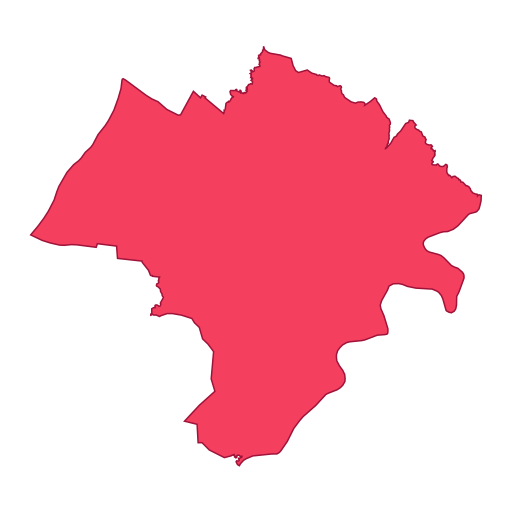 Santo Tomé, Corrientes, Argentina (Mercator projection)
{"feature_id": "61730980B79787842894443", "entity_name": "Santo Tomé", "entity_type": "district", "adm_level": 2, "iso_a3": "ARG", "parent_name": "Argentina", "parent_adm1": "Corrientes", "projection": "mercator", "projection_center": [-56.034, -28.286], "detail": "fine", "context": "isolated", "style": "filled", "palette": "rose", "viewbox_px": 512, "rotation_deg": 0, "n_neighbors": 0, "source": "geoboundaries", "source_scale": "gbopen_adm2", "svg_char_len": 5967}
<svg xmlns="http://www.w3.org/2000/svg" viewBox="0 0 512 512"><path d="M409.6,119.6L408.6,122.4L405.7,123.5L400.7,131.0L397.4,134.1L396.5,136.0L394.0,137.4L390.7,143.3L386.5,148.0L385.5,148.6L385.5,148.1L387.1,146.3L387.3,144.2L388.3,143.1L388.2,141.4L389.2,138.8L389.0,136.6L389.2,135.1L388.8,133.8L389.6,130.4L389.4,128.3L389.7,127.3L389.4,125.2L390.3,124.2L390.4,122.8L389.1,119.0L386.7,117.4L386.3,116.2L382.9,111.7L379.4,104.6L376.8,101.1L376.5,99.1L376.0,98.6L374.7,97.8L370.2,101.6L364.8,105.2L365.2,104.0L363.9,102.4L361.2,101.9L357.9,102.1L355.4,103.1L351.2,101.9L344.6,97.4L343.4,94.8L342.1,93.9L341.4,92.0L341.5,91.0L340.7,89.0L341.5,87.2L341.1,86.3L340.1,85.7L337.4,86.6L336.5,85.7L334.1,85.4L329.4,82.1L329.2,80.5L329.6,78.2L329.1,77.4L325.6,76.6L324.1,75.6L322.1,76.0L319.2,74.9L318.5,75.4L317.3,75.4L316.8,75.1L316.6,74.5L311.7,73.1L307.3,70.0L298.5,72.5L295.7,70.7L293.1,65.7L291.2,58.4L282.1,55.8L280.7,55.1L270.4,53.3L267.8,52.2L264.6,49.6L263.6,46.3L263.4,49.6L262.6,50.2L262.9,50.8L262.0,52.4L260.6,53.8L260.6,54.9L259.1,55.0L258.5,55.9L259.2,57.3L258.2,57.9L258.1,58.6L259.5,59.1L259.6,59.7L259.2,60.7L260.2,62.1L259.3,63.0L259.5,64.0L259.1,64.5L259.9,65.4L259.9,66.4L256.8,67.1L256.2,67.5L254.7,67.5L254.1,68.6L254.3,70.8L253.6,71.5L253.0,71.6L251.3,70.0L250.4,70.3L250.6,70.8L251.2,70.8L251.6,72.5L250.1,73.6L251.3,74.4L250.9,75.9L251.3,76.3L250.7,77.6L251.6,77.7L251.7,78.3L252.6,78.3L252.6,78.9L251.0,80.3L252.6,81.5L252.2,84.0L250.6,83.7L250.1,84.2L248.5,84.6L248.3,85.3L247.0,86.8L247.1,87.4L246.4,87.3L246.2,88.1L246.5,88.7L246.9,88.3L247.2,88.6L247.2,89.2L246.7,89.4L247.1,89.8L246.1,90.1L246.0,90.6L247.0,91.3L246.4,92.3L245.5,93.0L245.1,92.5L244.1,92.6L243.7,93.6L243.2,93.6L242.7,93.0L240.9,93.1L239.5,91.8L240.0,91.4L241.1,91.6L241.0,90.9L240.2,90.3L240.0,90.8L238.6,91.7L236.4,90.7L236.8,89.7L236.4,89.4L235.8,89.6L235.6,90.3L234.3,90.6L230.7,90.5L230.0,91.6L230.6,94.3L232.0,96.0L233.4,96.7L233.2,97.2L232.1,97.5L230.9,99.1L230.4,100.5L228.9,102.0L228.4,101.4L227.8,102.2L226.9,102.5L226.0,103.4L225.2,109.4L224.4,110.5L224.1,110.4L224.3,112.0L223.9,112.2L223.6,113.5L205.0,97.9L205.7,97.0L202.1,95.1L200.5,97.8L193.4,91.3L180.6,114.8L178.3,115.2L166.9,109.5L158.0,101.7L151.8,98.9L146.1,95.3L125.5,80.0L123.1,78.7L122.3,79.2L122.0,80.1L121.0,88.5L118.2,98.3L113.9,110.2L108.5,120.5L105.2,125.6L98.1,134.5L92.8,144.6L90.7,147.4L85.3,152.3L81.1,158.2L78.6,160.8L73.7,164.6L67.0,172.3L58.9,186.4L56.8,191.8L54.1,200.1L48.3,211.3L43.8,218.3L38.1,226.0L30.7,234.9L42.2,240.4L50.4,243.0L59.7,245.1L64.2,245.3L71.4,244.6L76.6,244.8L96.2,247.3L97.4,243.7L116.6,246.1L117.5,258.4L142.1,261.1L142.2,262.3L148.5,270.3L150.4,275.2L151.2,275.7L152.2,275.6L152.5,276.3L159.6,277.1L158.6,279.1L158.9,280.0L158.3,280.9L158.8,282.2L158.7,282.9L156.7,284.0L156.4,285.5L156.9,286.3L157.9,286.7L160.2,288.9L160.6,291.5L162.1,294.3L162.2,295.7L163.3,297.1L163.2,297.9L160.5,302.8L160.4,303.4L160.9,304.1L160.0,306.1L159.0,306.3L157.7,305.3L156.6,304.9L155.4,305.1L155.0,305.5L155.2,306.7L154.7,307.2L155.0,307.6L153.5,307.7L151.7,308.8L151.8,313.8L150.8,314.1L150.8,315.2L151.6,314.9L151.9,314.4L152.6,314.5L153.4,315.0L156.3,315.1L159.6,316.5L160.9,315.7L167.1,313.6L172.5,313.6L181.3,315.1L191.9,318.5L194.4,322.7L199.3,327.4L202.6,338.9L208.0,344.1L213.6,351.6L211.2,378.9L214.9,391.3L199.3,405.3L184.5,421.2L197.1,424.3L198.1,442.7L202.1,442.7L209.3,450.0L224.4,457.6L231.3,455.8L232.0,455.1L232.9,455.2L233.2,454.8L233.8,455.1L234.1,454.7L234.4,455.2L234.2,455.8L234.8,456.4L234.7,457.0L235.5,456.9L235.8,457.8L236.6,457.5L236.2,456.9L236.9,456.3L236.6,456.0L237.4,455.2L239.4,455.3L240.2,456.5L241.9,456.2L242.0,456.8L241.0,457.7L240.0,457.9L239.4,458.6L238.6,458.3L238.5,458.8L239.3,460.1L238.9,460.7L238.3,461.1L236.7,460.8L236.1,461.8L237.5,464.6L239.4,465.7L240.4,463.8L243.6,460.3L246.4,458.6L252.9,455.9L271.5,454.0L277.0,453.9L279.3,452.5L280.8,450.9L287.2,441.6L293.8,428.4L299.5,420.8L303.2,416.5L315.8,405.4L325.7,394.6L327.8,393.4L337.3,389.7L340.4,387.6L342.8,385.2L344.9,381.5L345.1,378.6L344.7,374.5L342.8,370.5L339.5,365.9L336.8,360.9L336.4,357.1L336.5,354.4L337.7,350.6L340.0,347.5L342.5,345.0L346.6,342.6L349.7,341.8L361.7,340.6L364.9,339.9L377.2,335.2L384.8,334.6L386.9,334.2L387.6,333.5L387.9,331.9L387.9,328.8L383.9,315.6L381.0,309.0L380.2,305.2L381.7,300.5L387.6,289.9L389.0,286.1L393.3,283.8L398.7,283.6L402.5,284.4L407.4,286.4L415.8,288.1L432.2,289.1L437.1,291.2L438.8,292.4L441.3,295.5L442.8,298.8L446.0,310.1L446.5,310.9L448.9,312.2L451.3,312.8L454.1,311.3L455.7,309.0L456.5,305.1L456.7,296.5L459.1,291.6L464.0,278.2L464.0,275.8L463.5,273.8L462.3,272.1L457.9,268.3L454.3,267.0L451.4,265.5L443.9,257.8L441.0,255.5L437.9,254.3L429.5,252.1L426.8,250.7L425.2,248.8L423.9,246.3L423.3,244.5L423.3,242.6L424.0,240.9L425.9,238.7L428.1,237.2L440.1,232.6L443.3,231.8L447.8,231.5L453.4,229.2L458.0,225.7L468.5,214.4L469.9,213.6L476.0,212.0L477.0,211.3L479.0,208.9L479.7,206.5L481.0,201.1L481.3,195.4L479.1,194.8L478.1,195.2L477.5,195.9L477.4,194.7L477.0,194.1L475.9,194.2L472.4,192.7L471.8,191.5L470.9,190.7L470.3,188.7L468.7,186.6L466.6,185.6L466.1,185.8L462.8,182.2L460.8,182.0L460.6,180.6L459.8,179.8L458.9,179.9L458.5,178.5L457.5,178.2L455.0,176.2L452.9,176.5L451.9,177.7L449.6,175.2L448.7,175.5L446.8,172.4L446.8,168.6L447.4,166.6L446.8,164.7L445.7,164.4L443.6,166.3L441.8,166.6L439.8,166.1L437.8,163.9L436.4,164.6L436.2,165.1L432.8,164.8L432.0,164.3L431.8,163.3L433.1,162.2L433.2,161.5L431.8,160.7L432.9,158.2L434.3,156.4L434.7,155.6L434.5,155.2L435.0,155.0L434.9,153.4L434.5,153.0L435.2,151.6L435.1,150.6L433.4,150.9L433.0,149.7L431.9,148.7L431.3,148.9L431.0,148.1L431.6,147.7L431.5,147.1L432.4,146.5L431.6,145.2L430.9,144.8L429.8,145.1L427.3,144.5L425.8,143.5L425.3,142.5L426.1,139.4L425.1,138.0L425.1,137.2L422.8,135.9L421.3,131.9L419.4,131.1L418.8,130.1L416.9,129.5L415.3,128.3L414.8,127.3L414.9,126.0L416.2,125.0L413.7,122.2L412.9,120.6L409.6,120.3L409.6,119.6Z" fill="#f43f5e" stroke="#9f1239" stroke-width="1.5"/></svg>